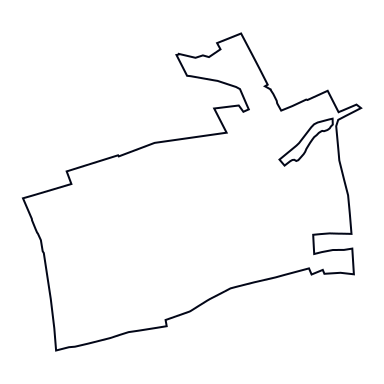 Nasturelu, Teleorman, Romania (Natural Earth projection)
{"feature_id": "2599482B97470036487680", "entity_name": "Nasturelu", "entity_type": "district", "adm_level": 2, "iso_a3": "ROU", "parent_name": "Romania", "parent_adm1": "Teleorman", "projection": "natural_earth1", "projection_center": [25.483, 43.671], "detail": "fine", "context": "isolated", "style": "outline", "palette": "ink", "viewbox_px": 384, "rotation_deg": 0, "n_neighbors": 0, "source": "geoboundaries", "source_scale": "gbopen_adm2", "svg_char_len": 1953}
<svg xmlns="http://www.w3.org/2000/svg" viewBox="0 0 384 384"><path d="M270.4,89.3L265.0,86.3L267.7,84.7L259.6,68.8L252.3,54.8L241.1,33.5L217.1,43.1L220.5,49.3L209.0,57.1L202.9,55.4L195.5,57.8L178.8,53.9L178.7,54.5L176.5,55.0L181.8,65.4L187.1,75.8L189.9,76.1L190.8,76.2L214.5,80.4L217.6,80.9L236.1,87.0L240.0,89.1L246.8,104.9L248.8,109.4L246.7,110.3L243.4,111.8L241.8,109.6L240.5,107.8L238.8,105.5L214.2,108.5L226.6,132.7L154.6,142.9L118.8,156.4L118.1,155.3L66.7,171.4L71.4,184.0L32.4,195.6L23.0,198.3L31.9,219.0L32.0,220.2L35.6,229.1L37.2,232.8L37.8,233.4L40.9,240.2L42.7,251.3L43.8,253.0L50.8,299.1L53.0,317.4L54.3,328.2L55.4,341.8L56.1,350.5L69.0,347.2L75.0,346.7L88.3,343.6L109.7,338.2L110.4,338.0L119.8,334.9L128.7,332.1L129.5,332.0L138.5,330.7L156.9,327.8L166.7,326.2L165.6,320.0L189.5,311.6L190.5,311.1L198.6,306.0L207.1,300.7L210.2,298.9L221.9,292.9L230.5,288.4L236.1,286.9L254.3,282.3L275.6,277.4L284.6,274.9L309.0,268.4L311.6,274.5L322.8,269.9L324.4,273.8L340.5,272.8L353.9,274.3L352.3,248.6L344.2,249.9L334.4,250.0L332.9,250.0L321.8,252.1L314.2,254.0L313.4,239.1L313.2,234.8L320.5,234.1L329.6,233.4L340.0,233.7L342.6,233.7L351.5,233.9L349.8,213.3L348.1,195.3L344.1,179.7L339.3,160.4L338.8,154.5L338.3,148.9L336.2,126.2L337.4,122.4L338.2,119.9L346.0,115.8L355.0,111.2L361.0,108.1L356.5,104.6L342.2,110.7L340.4,111.4L338.6,112.2L327.7,90.8L307.5,100.0L306.2,99.6L292.3,106.1L281.2,110.6L277.2,103.4L276.7,100.8L273.3,94.0L270.3,89.4L270.4,89.3ZM327.5,130.0L324.1,131.2L322.2,130.9L321.0,131.5L318.8,132.9L316.7,135.1L314.2,137.1L312.4,139.5L311.3,141.1L310.2,142.7L308.4,145.6L306.4,148.9L305.2,151.8L303.7,154.1L300.9,157.3L298.3,160.2L296.3,161.0L294.3,159.8L292.4,160.0L290.4,161.1L284.6,165.6L279.5,159.6L288.0,152.6L296.5,145.6L299.1,143.1L311.4,127.1L312.1,126.4L314.1,124.3L315.9,123.4L317.7,122.5L329.4,119.4L332.6,118.7L332.8,124.6L330.9,126.5L329.7,128.4L328.6,129.2L327.5,130.0Z" fill="none" stroke="#020617" stroke-width="2"/></svg>